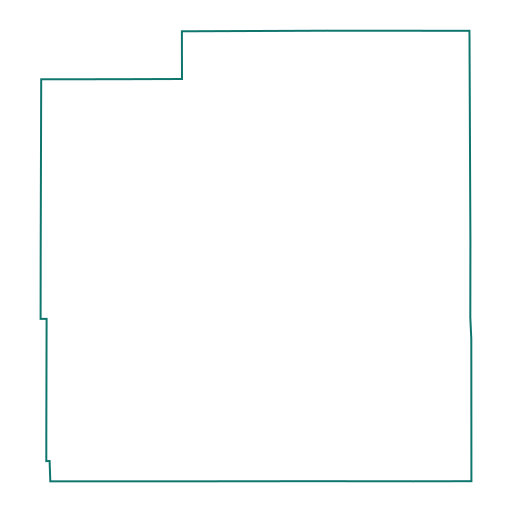 Luna, New Mexico, United States of America (Robinson projection)
{"feature_id": "52423323B3054531487219", "entity_name": "Luna", "entity_type": "district", "adm_level": 2, "iso_a3": "USA", "parent_name": "United States of America", "parent_adm1": "New Mexico", "projection": "robinson", "projection_center": [-107.798, 32.195], "detail": "fine", "context": "isolated", "style": "outline", "palette": "teal", "viewbox_px": 512, "rotation_deg": 0, "n_neighbors": 0, "source": "geoboundaries", "source_scale": "gbopen_adm2", "svg_char_len": 399}
<svg xmlns="http://www.w3.org/2000/svg" viewBox="0 0 512 512"><path d="M50.3,481.3L122.9,481.3L216.6,481.3L312.4,481.2L413.3,481.3L413.5,481.3L471.4,481.2L471.3,339.0L470.3,317.5L470.4,242.0L469.5,36.0L469.4,30.8L327.2,30.7L181.9,31.3L182.0,79.0L122.8,79.2L41.2,79.3L40.7,249.1L40.6,318.9L46.6,318.9L46.3,437.1L46.3,461.1L49.6,461.0L50.3,481.3Z" fill="none" stroke="#0f766e" stroke-width="2"/></svg>